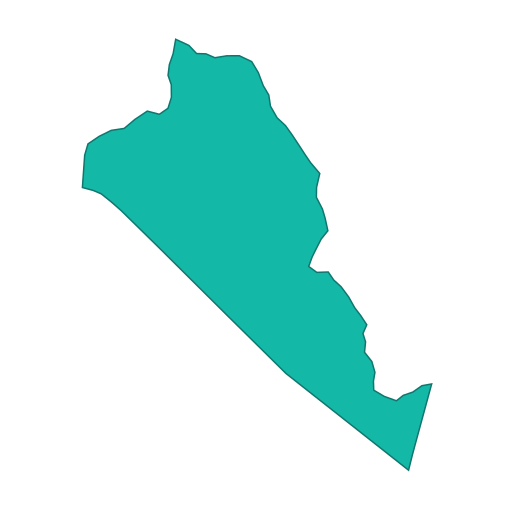 outline of Muribeca, Sergipe, Brazil, rotated 178°
{"feature_id": "56859067B76583201767693", "entity_name": "Muribeca", "entity_type": "district", "adm_level": 2, "iso_a3": "BRA", "parent_name": "Brazil", "parent_adm1": "Sergipe", "projection": "mercator", "projection_center": [-36.966, -10.377], "detail": "fine", "context": "isolated", "style": "filled", "palette": "teal", "viewbox_px": 512, "rotation_deg": 178, "n_neighbors": 0, "source": "geoboundaries", "source_scale": "gbopen_adm2", "svg_char_len": 1077}
<svg xmlns="http://www.w3.org/2000/svg" viewBox="0 0 512 512"><g transform="rotate(178 256 256)"><path d="M84.9,122.0L94.7,120.6L104.1,114.5L113.7,111.6L120.7,106.4L132.7,111.2L143.0,117.8L143.0,126.8L141.2,135.6L143.9,146.5L150.9,156.0L149.5,166.3L151.8,174.8L147.7,183.4L153.3,192.6L159.2,200.9L164.8,211.8L172.1,222.4L179.1,229.2L184.4,237.5L195.8,237.5L203.7,243.7L199.9,253.1L195.8,260.7L190.3,270.6L183.3,278.7L185.6,291.4L188.0,300.7L193.6,312.5L193.1,322.4L189.4,336.2L198.3,347.5L203.7,356.1L209.0,364.9L215.8,376.0L222.0,385.3L230.1,393.4L236.3,405.2L237.6,416.4L242.8,426.0L247.3,439.2L253.5,450.4L265.6,456.7L278.1,457.1L290.2,455.6L299.0,459.8L308.3,460.4L315.7,468.8L328.7,475.4L331.8,460.9L335.9,450.4L337.6,439.6L334.7,430.2L335.0,417.5L338.8,406.7L347.7,401.0L359.6,404.6L372.3,396.7L383.3,388.1L396.3,386.6L408.5,381.1L420.0,373.9L423.7,362.7L427.1,330.5L416.4,327.2L408.5,323.5L399.2,315.5L389.5,306.4L353.7,268.8L285.8,196.5L258.2,167.3L230.1,137.5L111.0,36.6L106.8,51.3L103.5,62.1L84.9,122.0Z" fill="#14b8a6" stroke="#0f766e" stroke-width="1.5"/></g></svg>